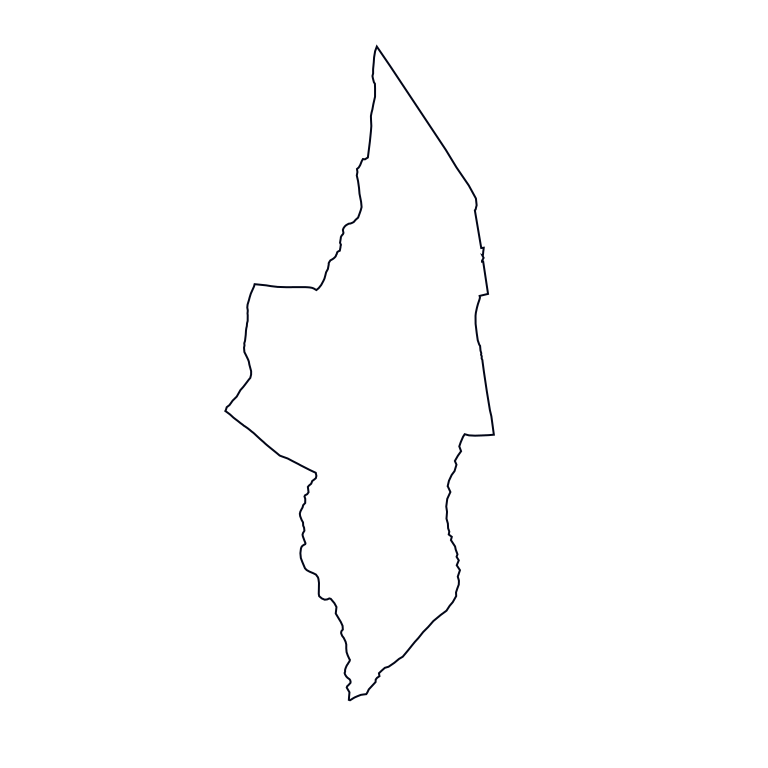 the district of Tenancingo, Tlaxcala, Mexico, rotated 297°
{"feature_id": "50627088B17817736589505", "entity_name": "Tenancingo", "entity_type": "district", "adm_level": 2, "iso_a3": "MEX", "parent_name": "Mexico", "parent_adm1": "Tlaxcala", "projection": "albers", "projection_center": [-98.196, 19.15], "detail": "fine", "context": "isolated", "style": "outline", "palette": "ink", "viewbox_px": 768, "rotation_deg": 297, "n_neighbors": 0, "source": "geoboundaries", "source_scale": "gbopen_adm2", "svg_char_len": 4951}
<svg xmlns="http://www.w3.org/2000/svg" viewBox="0 0 768 768"><g transform="rotate(297 384 384)"><path d="M86.8,497.3L88.9,498.6L90.1,499.3L91.6,500.3L93.9,502.2L96.5,504.5L98.2,506.9L99.6,509.0L101.4,509.2L105.0,509.1L114.6,511.8L116.9,510.8L119.0,511.2L121.6,512.6L124.0,510.8L127.9,512.2L131.5,513.6L134.1,516.4L140.3,519.8L145.9,522.2L149.5,524.5L153.8,525.5L157.8,526.4L164.6,527.8L168.3,528.6L173.4,530.0L180.8,531.5L187.6,533.7L195.2,535.6L203.3,539.1L203.6,539.2L210.4,542.6L216.2,543.2L220.8,544.3L227.8,544.6L231.0,542.8L234.8,542.2L239.2,541.7L242.7,540.1L243.2,539.6L243.4,539.5L245.8,537.2L252.6,536.2L255.5,531.1L260.8,530.7L263.0,527.1L265.6,526.8L269.0,523.1L271.5,521.1L275.3,514.5L278.6,513.8L279.3,510.0L282.1,509.2L284.6,506.6L288.6,504.3L292.4,500.8L298.7,498.2L303.1,495.1L310.4,492.5L317.9,492.2L321.8,487.3L321.8,487.2L322.0,487.1L327.3,485.8L333.7,485.6L338.4,486.4L345.0,485.2L347.6,482.1L353.7,482.4L359.1,483.2L362.6,479.4L366.9,478.8L372.9,478.4L375.9,478.7L376.8,483.0L379.3,488.6L382.4,494.2L385.9,500.4L388.7,504.9L404.0,494.3L408.7,490.3L424.2,478.9L440.5,467.3L448.9,461.5L450.0,460.8L451.1,459.4L453.1,458.5L454.1,457.2L455.6,456.7L457.6,454.8L461.6,452.3L462.3,451.0L465.5,447.7L471.3,443.6L479.2,438.3L486.3,434.6L489.2,433.5L494.1,432.2L497.9,431.4L502.7,430.7L504.5,430.3L505.9,429.2L511.5,435.8L538.1,416.8L537.5,415.8L538.3,415.4L541.6,415.5L543.2,413.3L543.2,413.8L545.4,413.0L547.1,412.3L549.1,411.6L550.7,411.0L549.3,408.9L580.0,386.1L581.1,386.4L583.0,385.9L585.3,385.4L591.0,381.7L593.2,378.5L599.4,369.4L609.9,350.2L620.6,332.9L670.2,244.9L681.4,224.4L676.5,225.0L670.5,226.9L666.1,228.8L659.5,231.4L655.8,233.3L653.2,233.9L651.6,235.1L648.3,238.0L647.4,239.6L643.4,241.8L635.9,245.6L628.4,247.5L623.4,249.0L620.2,249.7L616.8,250.7L613.5,252.5L608.1,255.6L602.8,257.8L593.5,261.4L578.5,266.8L575.5,265.0L574.9,263.1L572.4,263.0L568.3,263.4L565.4,263.2L563.3,262.3L560.8,264.1L557.4,265.1L553.1,268.7L547.4,272.7L542.4,275.8L535.9,280.9L531.5,283.7L528.3,284.4L525.3,284.8L520.5,285.4L517.5,284.2L514.6,283.5L513.3,282.6L511.8,281.3L510.8,279.8L508.4,278.2L506.6,277.5L504.4,277.2L502.6,277.4L501.6,278.2L500.2,279.3L498.7,279.4L497.5,279.0L496.7,278.9L495.3,278.9L494.0,279.4L492.4,279.9L489.9,280.7L488.4,282.5L487.4,282.6L486.2,283.1L483.8,283.8L482.7,284.1L481.5,283.1L480.2,282.5L478.0,282.9L477.0,282.8L475.8,283.0L474.3,282.6L472.8,282.0L471.1,281.0L469.8,280.1L468.0,279.9L466.5,279.9L465.4,280.5L464.0,280.9L461.0,281.8L457.2,281.7L454.3,282.4L450.9,283.1L448.3,283.2L443.7,283.1L439.8,282.3L437.0,281.1L437.2,278.0L437.0,276.2L436.3,273.9L435.0,270.8L430.7,262.3L425.9,253.0L422.2,245.1L419.9,238.9L418.4,234.2L414.4,223.9L414.2,223.4L412.8,223.7L412.0,223.9L404.1,224.3L400.0,225.0L397.3,225.6L392.8,226.4L390.0,227.5L387.9,229.1L386.4,229.8L385.0,230.3L383.5,231.3L381.9,232.1L378.3,233.9L375.9,234.4L373.3,235.5L371.2,236.0L368.9,236.8L365.0,238.5L359.3,240.6L356.9,241.0L355.0,242.2L352.8,242.8L349.1,245.1L346.9,248.1L344.0,251.9L342.6,253.4L340.2,255.2L335.1,259.8L332.1,261.3L328.7,262.1L326.7,261.6L321.6,260.7L317.4,259.9L313.2,258.8L312.5,258.8L305.9,258.5L300.5,256.7L295.1,255.9L291.9,254.4L289.1,254.9L287.9,254.9L287.6,256.9L287.0,260.4L286.5,262.3L285.7,265.1L285.2,267.7L284.8,270.0L284.3,272.5L284.0,273.9L283.8,275.2L283.5,277.0L283.2,278.0L283.2,278.7L283.1,279.5L282.7,282.5L282.2,285.0L281.5,288.0L281.4,288.8L281.0,290.6L280.1,293.7L278.8,298.3L278.1,301.0L277.6,303.1L277.0,305.1L276.4,307.5L275.4,312.1L273.7,320.1L272.9,323.5L273.0,324.7L273.1,325.7L273.9,332.0L273.8,337.5L273.8,338.9L273.8,344.0L273.7,346.5L273.7,347.2L273.7,352.0L273.7,356.4L273.7,356.9L273.8,360.4L273.9,363.0L273.9,363.5L271.4,365.5L269.1,366.0L267.0,365.1L265.0,364.1L262.1,364.4L259.3,363.2L257.7,362.9L255.8,364.2L253.3,365.9L251.0,365.6L249.0,364.2L247.7,364.2L245.9,366.0L242.2,367.8L240.8,367.4L239.3,367.0L237.0,367.5L235.1,367.4L232.4,367.4L230.2,367.9L228.2,369.3L225.5,372.3L223.9,374.7L221.1,376.3L219.7,378.0L217.1,379.7L214.5,379.5L212.8,379.8L211.5,380.8L208.7,383.8L206.5,386.3L205.5,386.5L204.4,385.7L202.8,384.8L201.4,384.5L199.7,384.7L195.3,386.3L191.2,388.9L188.1,392.3L183.9,397.3L183.1,399.6L183.0,402.8L183.3,407.0L183.3,409.9L181.7,413.0L180.4,414.2L177.2,416.4L170.2,419.8L167.3,421.2L165.5,422.6L164.7,426.0L164.9,429.1L166.3,431.2L168.1,432.6L168.4,434.1L166.2,439.3L163.7,442.9L157.6,445.2L154.0,450.9L152.4,453.5L149.7,456.9L146.5,458.8L144.7,458.3L143.4,458.5L142.3,459.1L140.6,461.1L139.5,463.4L136.9,466.8L134.7,468.7L131.3,470.4L128.1,472.4L125.7,474.9L123.4,477.8L123.2,478.1L122.8,478.8L121.9,479.1L120.7,479.1L119.5,478.9L118.4,478.9L117.3,478.7L115.9,478.6L115.2,478.7L114.2,478.7L113.6,478.8L112.1,479.0L111.0,479.4L109.9,480.0L108.6,480.1L107.5,481.2L106.3,483.1L105.7,484.8L105.3,487.3L104.7,488.4L103.4,489.5L102.4,489.8L99.5,489.0L97.9,488.4L96.6,488.6L93.6,493.2L88.9,495.1L86.6,496.1L86.8,497.3Z" fill="none" stroke="#020617" stroke-width="2"/></g></svg>